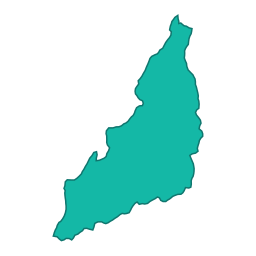 outline of Ipuiúna, Minas Gerais, Brazil
{"feature_id": "56859067B76298814217950", "entity_name": "Ipuiúna", "entity_type": "district", "adm_level": 2, "iso_a3": "BRA", "parent_name": "Brazil", "parent_adm1": "Minas Gerais", "projection": "albers", "projection_center": [-46.134, -22.005], "detail": "fine", "context": "isolated", "style": "filled", "palette": "teal", "viewbox_px": 256, "rotation_deg": 0, "n_neighbors": 0, "source": "geoboundaries", "source_scale": "gbopen_adm2", "svg_char_len": 2856}
<svg xmlns="http://www.w3.org/2000/svg" viewBox="0 0 256 256"><path d="M92.8,230.0L93.9,227.1L94.8,223.4L97.8,221.9L101.5,221.8L103.8,223.0L105.8,223.6L108.2,222.7L110.2,221.3L112.6,220.0L114.9,218.3L117.5,216.7L120.1,214.5L122.2,213.4L124.4,213.8L126.5,213.5L129.1,212.7L130.5,210.3L131.7,207.8L133.0,205.8L134.9,203.4L137.1,202.0L139.2,204.3L142.3,203.6L144.7,204.0L147.6,203.4L150.0,201.4L152.5,200.0L155.4,198.5L157.4,197.0L159.4,197.8L160.7,200.3L163.0,201.5L165.8,201.5L167.4,200.2L169.4,199.1L171.1,197.8L172.7,196.4L174.7,195.5L177.7,194.4L181.0,194.2L182.8,192.8L184.1,190.8L185.5,187.6L188.8,188.0L190.8,187.2L191.3,184.2L191.2,180.7L191.9,178.4L193.1,176.3L193.7,173.8L194.0,171.4L194.1,168.6L193.7,166.0L193.3,163.8L192.2,161.2L190.9,158.2L189.8,155.4L192.3,153.8L195.6,153.1L198.0,151.2L197.3,148.4L197.9,146.0L198.9,142.9L199.4,140.5L200.8,138.2L202.7,136.3L202.7,133.8L201.8,131.2L199.1,128.8L199.7,125.8L201.0,123.2L200.4,120.2L198.6,117.6L196.5,115.0L195.5,112.4L196.7,109.9L198.8,108.3L199.1,104.1L198.8,101.1L198.0,98.6L198.3,95.9L197.8,93.0L197.1,90.2L196.4,87.2L195.4,84.4L195.4,81.7L195.0,78.9L193.9,76.9L192.9,74.8L190.7,72.6L188.1,69.9L186.8,66.3L186.5,63.4L185.5,61.2L184.3,58.0L184.6,55.5L184.7,53.2L184.6,50.8L185.4,48.7L186.6,46.6L188.3,44.4L188.6,41.3L189.0,38.7L189.9,36.0L191.1,33.8L191.6,31.5L192.0,28.6L189.1,27.9L186.4,26.2L184.1,25.8L182.4,24.4L180.8,23.0L178.8,23.5L178.8,21.3L178.1,18.8L177.8,15.4L174.9,17.4L173.5,19.4L171.9,21.5L171.3,23.8L170.4,26.0L169.6,29.9L171.3,31.7L170.9,35.2L169.5,37.6L167.8,39.6L165.7,42.5L164.2,45.4L162.7,48.3L159.8,50.1L158.8,52.1L157.4,53.8L154.9,54.8L151.7,56.4L150.0,58.4L149.2,60.7L148.0,63.7L146.5,67.0L145.2,70.4L143.2,73.8L142.0,76.1L140.2,78.6L138.2,80.7L138.7,84.0L136.7,86.7L135.5,88.6L135.1,91.2L135.5,93.9L136.9,95.6L138.2,97.8L139.8,99.6L142.5,100.8L143.3,103.4L142.4,105.6L139.4,105.9L136.6,107.7L135.2,110.7L134.4,113.2L133.1,115.5L131.4,116.9L129.7,119.0L128.0,121.4L125.8,123.1L123.9,123.8L121.5,125.8L118.9,126.8L116.1,126.9L113.0,127.9L108.7,127.9L106.4,130.8L106.1,133.7L106.7,135.9L106.8,139.8L106.7,142.4L107.4,144.9L109.6,147.8L108.5,150.9L106.9,153.5L106.2,156.5L104.3,158.1L101.9,159.2L99.3,160.3L96.2,160.7L96.3,158.2L97.1,154.8L96.5,151.7L93.8,152.5L92.0,155.6L89.8,158.1L88.4,161.0L87.1,163.7L85.3,166.6L83.8,169.5L82.4,171.5L81.4,173.9L79.1,176.3L76.8,178.4L74.4,180.0L71.1,180.0L67.2,179.8L65.3,181.8L64.9,185.8L64.0,188.4L65.2,190.6L64.8,193.0L65.0,195.6L65.3,198.1L65.7,200.8L65.8,203.1L66.1,206.0L66.1,209.3L65.4,212.8L64.2,216.1L62.6,218.9L60.7,221.4L59.0,222.4L57.3,225.3L56.5,228.0L55.4,229.8L54.3,232.7L53.3,236.1L57.2,236.8L59.3,239.0L61.4,240.6L64.1,239.8L66.1,238.4L69.2,238.5L71.7,239.9L73.4,238.0L74.9,235.2L77.9,234.1L80.0,232.3L82.5,230.7L84.0,228.5L86.7,228.3L89.5,229.2L92.8,230.0Z" fill="#14b8a6" stroke="#0f766e" stroke-width="1.5"/></svg>